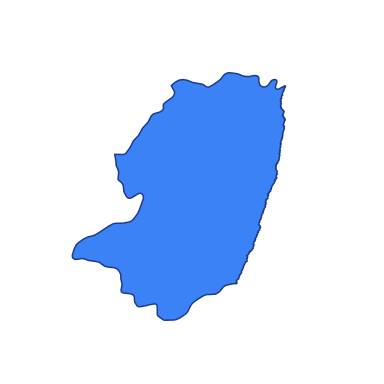 the district of La Laguna de Nisibón, La Altagracia, Dominican Republic, rotated 57°
{"feature_id": "3306468B28180088914928", "entity_name": "La Laguna de Nisibón", "entity_type": "district", "adm_level": 2, "iso_a3": "DOM", "parent_name": "Dominican Republic", "parent_adm1": "La Altagracia", "projection": "equal_earth", "projection_center": [-68.715, 18.868], "detail": "fine", "context": "isolated", "style": "filled", "palette": "blue", "viewbox_px": 384, "rotation_deg": 57, "n_neighbors": 0, "source": "geoboundaries", "source_scale": "gbopen_adm2", "svg_char_len": 5903}
<svg xmlns="http://www.w3.org/2000/svg" viewBox="0 0 384 384"><g transform="rotate(57 192 192)"><path d="M91.5,151.5L97.8,151.9L99.0,152.4L100.6,153.8L101.6,155.8L102.0,157.5L102.3,165.6L102.8,167.9L103.6,168.9L106.4,170.4L107.3,172.1L107.5,173.6L107.3,175.9L105.6,181.4L105.6,183.0L106.0,184.6L109.5,190.9L111.6,198.9L115.5,206.1L117.2,213.3L121.0,219.7L123.5,226.2L123.5,227.8L123.0,229.4L118.3,236.3L124.4,238.9L128.4,241.1L133.5,242.0L135.6,242.8L141.0,247.1L142.1,247.2L145.3,246.1L147.8,245.9L149.7,246.4L154.5,248.9L159.5,249.4L161.5,249.2L163.2,248.0L164.0,245.8L164.1,238.9L164.5,236.6L165.9,235.2L168.4,234.9L170.2,235.7L171.7,237.2L178.5,246.1L180.6,249.6L183.2,256.7L183.3,259.1L182.8,261.4L180.5,267.0L176.6,273.2L175.7,275.6L175.3,280.0L175.4,292.1L175.2,296.6L174.7,299.2L173.1,303.4L172.4,308.5L172.7,315.5L173.3,318.0L175.9,322.2L179.9,326.9L181.7,327.8L183.0,327.8L184.2,327.2L185.6,325.7L187.6,321.0L188.8,319.3L193.1,316.0L197.7,310.7L200.4,308.1L206.6,305.7L208.8,303.7L213.3,298.3L215.7,296.7L219.0,296.2L222.4,296.7L226.4,299.1L231.4,300.9L235.6,304.9L237.3,305.6L239.0,304.9L244.2,298.7L246.6,297.3L248.5,297.4L251.7,299.4L253.6,300.1L257.5,300.1L259.2,299.2L259.9,298.1L262.2,292.8L263.4,289.0L265.4,284.5L266.1,283.5L267.2,283.0L268.9,283.4L275.2,287.5L276.8,288.1L277.9,287.9L282.9,286.0L284.5,285.0L289.2,277.4L290.3,275.1L291.0,270.8L290.8,263.8L290.2,261.3L289.5,259.8L286.9,255.7L285.6,252.6L285.1,248.3L285.1,241.2L285.3,238.6L285.8,236.1L290.2,228.4L290.6,226.7L290.6,223.4L290.2,221.8L288.7,217.7L288.7,214.5L291.3,207.4L293.1,204.7L293.0,204.3L292.5,204.3L292.5,203.9L292.0,203.9L292.0,203.6L291.2,203.6L290.9,202.9L290.4,202.5L290.2,200.0L289.6,200.0L289.6,199.7L289.1,199.3L288.8,198.3L288.0,197.9L287.8,197.2L287.5,197.2L287.5,196.1L287.0,195.8L286.7,194.4L285.7,194.0L285.1,193.0L284.9,193.0L284.9,192.3L284.4,192.3L284.4,191.9L283.8,191.5L283.8,190.8L283.6,190.8L283.0,189.8L282.5,189.8L282.0,188.4L281.7,188.4L281.5,187.7L280.9,187.7L280.9,186.6L280.4,186.2L280.1,185.2L279.9,185.2L279.9,184.8L280.1,184.8L280.1,183.8L279.9,183.8L279.9,183.4L278.3,182.7L278.0,182.0L277.5,182.0L277.3,181.3L276.7,181.3L276.5,180.6L275.4,180.6L275.4,180.2L275.1,180.2L275.1,178.5L274.1,177.4L274.1,176.7L273.6,176.7L273.6,175.6L273.3,175.6L273.3,175.3L273.6,175.3L273.6,174.9L273.3,174.9L273.3,173.5L273.0,173.5L273.0,172.5L272.5,172.1L272.5,171.4L271.7,171.0L270.9,169.6L269.9,169.3L269.9,168.9L269.4,168.9L269.4,168.6L268.6,168.6L268.3,167.9L267.5,167.2L267.5,166.5L267.2,166.5L267.2,165.7L266.7,165.4L266.7,165.0L266.5,164.7L265.9,164.7L265.9,164.3L265.4,164.3L265.1,163.3L264.9,163.3L264.9,162.6L264.1,161.9L263.8,161.1L263.6,161.1L263.3,160.4L263.0,160.4L263.0,160.1L262.2,159.4L262.0,158.7L261.7,158.7L261.7,158.3L261.2,158.3L260.7,156.2L260.4,156.2L259.9,155.1L259.1,154.4L259.1,154.1L258.6,154.1L258.6,153.7L257.2,153.7L257.2,153.4L255.7,153.7L255.7,153.4L254.4,153.0L254.1,151.6L253.1,151.3L253.0,150.5L252.2,149.8L252.2,148.8L251.5,148.4L250.9,147.4L249.9,147.0L249.6,146.3L248.6,145.2L248.6,144.5L248.0,144.2L248.0,143.5L247.5,143.5L247.2,142.8L246.7,142.8L246.5,142.1L246.2,142.1L245.9,141.0L244.9,140.3L244.6,138.9L244.3,138.9L244.1,138.2L242.8,137.8L242.8,137.1L242.5,137.1L242.5,136.8L242.0,136.8L241.5,135.7L241.2,135.7L241.2,136.1L240.4,136.1L239.6,134.6L239.1,134.6L239.1,134.3L238.8,134.3L238.8,132.5L238.6,132.5L238.6,131.8L237.5,131.5L236.5,129.7L235.9,129.7L235.9,130.0L235.7,130.0L235.7,129.3L234.9,129.3L234.9,128.3L234.6,128.3L234.4,127.2L234.1,127.2L234.1,125.8L233.6,125.8L233.6,125.4L233.0,125.1L233.0,124.4L232.8,124.4L232.5,123.7L232.0,123.7L230.9,121.9L230.4,121.6L230.1,120.1L229.6,119.8L229.4,118.4L228.3,117.3L228.3,116.6L227.5,116.3L227.5,115.9L227.0,115.9L227.0,115.2L226.7,115.2L226.7,113.8L226.5,113.4L225.9,113.4L225.9,113.1L224.6,113.1L223.8,111.7L223.3,111.3L223.3,110.6L222.2,110.6L222.2,110.3L221.2,109.9L221.2,109.5L220.1,109.5L220.1,109.2L218.3,109.5L218.0,108.5L216.7,108.1L216.7,107.8L215.9,107.8L215.7,107.1L215.1,107.1L215.1,106.7L214.9,106.7L214.6,105.0L214.4,105.0L214.4,104.6L213.8,104.6L213.8,103.9L213.3,103.5L213.3,102.8L212.8,102.5L212.5,101.4L211.5,101.1L210.9,100.0L209.9,99.6L209.4,98.6L208.0,98.2L208.0,97.9L207.2,97.9L207.2,97.2L207.0,96.8L205.9,96.5L205.9,96.1L205.1,95.8L204.9,95.1L203.3,94.7L202.8,93.3L201.2,92.6L200.7,91.5L199.9,91.5L199.9,91.2L199.4,91.2L199.4,90.8L198.6,90.8L198.3,90.1L197.5,89.4L197.5,88.7L196.7,88.3L196.7,88.0L196.2,87.6L196.2,86.9L195.1,86.6L194.4,85.2L193.0,84.8L192.5,83.7L190.9,83.0L190.9,82.3L189.6,80.9L189.4,80.2L188.0,79.9L188.0,79.5L187.3,79.2L187.3,78.8L187.0,78.8L187.0,79.2L185.7,79.2L185.7,78.8L185.1,78.8L184.6,77.7L183.8,77.0L183.8,76.7L183.0,76.0L182.5,74.9L182.0,74.9L181.7,74.2L180.7,74.2L180.7,74.6L180.2,74.6L180.2,74.2L179.4,74.2L179.4,74.6L177.8,74.6L177.8,74.2L177.3,74.2L177.3,73.9L176.2,73.5L176.2,72.8L175.9,72.8L174.9,71.0L172.5,71.0L172.5,71.4L170.4,71.7L170.4,71.4L169.6,71.4L169.6,71.0L168.3,71.0L168.3,70.7L167.8,70.7L167.5,70.0L167.0,70.0L166.5,68.9L165.1,68.9L165.1,68.6L164.6,68.6L164.6,68.2L164.1,68.2L164.1,67.8L163.0,67.5L163.0,67.1L162.3,67.1L162.3,66.1L162.0,66.1L162.0,65.7L160.9,65.4L160.9,65.0L160.2,64.3L160.2,63.6L159.9,63.6L159.9,63.2L158.8,62.9L158.0,61.5L157.5,61.5L157.3,60.4L156.7,60.1L156.7,59.4L156.5,59.0L155.9,59.0L155.7,58.3L155.2,57.9L155.2,57.2L154.9,57.2L154.6,56.2L153.5,56.2L152.9,62.9L152.5,64.2L151.6,65.2L150.4,65.3L149.3,64.8L146.2,61.1L145.2,60.4L144.0,60.3L142.6,61.5L141.9,63.6L142.0,65.1L143.8,69.6L144.0,71.2L143.6,73.6L142.4,75.4L140.7,76.5L138.7,76.7L136.2,76.0L132.4,73.7L131.2,73.7L130.0,74.2L128.2,76.3L126.3,81.2L124.2,84.2L122.2,86.3L117.6,89.4L112.6,95.3L111.5,97.4L111.1,99.8L111.4,102.2L112.9,106.3L113.3,108.9L113.6,116.8L113.1,120.8L112.0,122.5L108.1,124.1L107.0,124.8L100.7,131.6L95.5,135.3L92.9,138.2L91.4,141.2L90.9,143.7L90.9,147.2L91.5,151.5Z" fill="#3b82f6" stroke="#1e3a8a" stroke-width="1.5"/></g></svg>